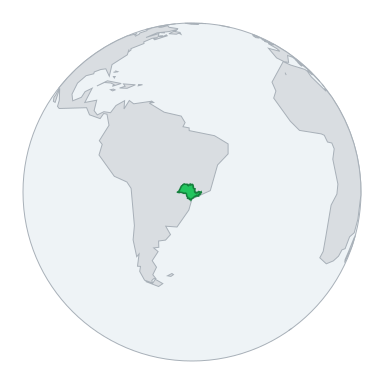 the Earth from above São Paulo
{"feature_id": "BRA-1311", "entity_name": "São Paulo", "entity_type": "State", "adm_level": 1, "iso_a3": "BRA", "parent_name": "Brazil", "parent_adm1": "", "projection": "orthographic", "projection_center": [-47.634, -22.544], "detail": "fine", "context": "on_globe", "style": "filled", "palette": "green", "viewbox_px": 384, "rotation_deg": 0, "n_neighbors": 0, "source": "natural_earth", "source_scale": "10m", "svg_char_len": 8318}
<svg xmlns="http://www.w3.org/2000/svg" viewBox="0 0 384 384"><circle cx="192" cy="192" r="169" fill="#eef3f6" stroke="#a8b0b8"/><path d="M128.1,35.6L127.5,36.0L137.1,33.5L134.8,35.0L135.5,36.1L139.1,34.3L139.9,33.0L147.0,30.6L147.1,29.7L150.0,28.8L152.2,27.9L157.5,26.8L161.4,26.4L159.8,27.3L161.5,27.3L167.6,25.7L169.1,27.3L177.7,28.6L177.5,29.4L168.8,31.6L157.2,32.8L146.0,37.5L159.0,33.5L158.1,36.4L160.4,36.7L163.8,36.2L166.3,34.8L167.2,35.8L154.7,39.8L153.7,38.9L157.7,37.5L152.2,38.3L143.8,41.9L144.0,43.5L131.0,48.6L131.0,50.0L128.2,52.2L129.0,49.4L127.3,54.8L112.0,64.6L109.3,76.2L105.8,68.8L100.8,69.5L94.3,71.9L93.7,73.8L86.1,75.7L77.5,83.1L72.0,94.1L72.7,100.8L81.4,97.3L85.1,91.6L92.2,88.2L84.8,102.5L96.7,100.2L94.1,110.6L97.3,114.9L103.9,111.7L110.5,112.7L116.0,105.5L124.6,100.7L124.0,109.0L129.3,100.5L133.7,103.8L151.1,101.3L149.6,103.3L164.2,112.2L181.2,116.1L185.1,122.6L183.0,126.7L189.1,127.9L189.2,130.6L214.5,135.7L228.1,143.9L228.1,153.9L217.6,164.9L210.3,190.6L192.0,198.9L188.8,210.1L177.0,227.0L165.7,226.2L170.5,234.6L165.5,240.1L158.6,241.0L158.8,247.3L153.7,247.9L158.1,251.6L152.2,260.7L156.5,267.2L152.8,274.7L155.8,278.5L153.6,278.7L151.8,280.5L152.4,282.9L144.6,280.2L139.7,271.4L140.5,266.4L137.5,266.2L139.1,253.9L136.7,256.7L133.1,239.8L134.4,225.6L131.1,188.4L126.9,182.0L114.3,176.3L99.0,155.0L102.2,144.4L99.3,140.7L109.0,125.3L107.0,114.2L103.7,113.5L100.1,118.6L89.5,114.8L86.6,107.7L59.2,108.5L57.5,106.4L59.3,100.3L59.7,88.4L55.1,102.4L53.4,101.4L53.9,97.4L55.9,94.7L59.2,88.0L59.0,87.8L59.4,87.3L67.4,77.9L76.1,69.0L85.5,60.8L95.4,53.4L105.9,46.6L116.8,40.7L128.1,35.6ZM107.4,80.8L121.2,83.5L112.3,86.3L114.1,84.7L110.9,83.0L104.4,82.5L96.9,86.0L107.4,80.8ZM116.0,72.1L113.5,72.3L116.1,71.6L116.0,72.1ZM149.1,28.6L150.6,28.3L149.4,28.6L149.1,28.6ZM148.7,28.7L146.3,29.4L145.7,29.5L147.2,29.1L148.7,28.7ZM151.8,27.9L151.2,28.0L151.8,27.9ZM158.6,286.5L145.6,281.5L152.5,283.5L155.3,279.3L162.8,283.6L158.6,286.5ZM167.5,275.8L171.9,273.5L173.5,274.6L170.9,276.4L167.5,275.8ZM319.1,80.7L319.9,81.7L310.7,71.9L308.2,69.4L294.9,58.2L297.3,60.3L310.1,71.3L308.1,69.6L311.4,73.4L307.3,69.1L292.7,57.3L287.6,55.5L288.6,62.4L284.0,61.6L276.6,57.9L268.5,48.3L279.8,51.3L277.0,48.7L268.1,43.5L272.3,45.1L270.1,43.6L273.7,45.0L272.3,43.5L275.0,44.8L274.9,44.8L287.1,52.3L298.5,60.9L309.3,70.3L319.1,80.7ZM360.9,195.1L360.1,201.2L357.9,219.1L354.2,232.8L349.6,236.8L345.1,248.7L342.0,249.8L338.5,256.2L333.3,260.9L326.3,263.8L319.8,257.8L323.2,251.4L325.8,236.7L331.1,205.1L336.9,194.1L337.9,184.1L332.8,159.2L334.2,148.8L331.8,143.0L327.5,142.0L324.3,135.3L321.3,133.9L299.5,130.4L290.4,121.3L273.7,98.1L275.9,91.0L272.0,82.1L283.2,61.6L290.5,65.0L304.8,69.4L307.5,71.4L311.1,76.7L326.0,91.2L324.7,88.0L331.9,97.2L338.7,108.2L344.7,119.7L349.8,131.6L354.0,143.9L357.2,156.5L359.4,169.2L360.7,182.1L360.9,195.1ZM285.1,72.6L286.1,74.9L286.1,75.0L285.1,72.6ZM151.7,101.1L153.7,102.5L150.9,102.9L151.7,101.1ZM110.5,89.7L113.6,89.1L115.1,89.9L112.6,90.9L110.5,89.7ZM138.6,84.5L142.5,84.7L138.2,85.8L138.6,84.5ZM123.5,83.9L135.4,84.8L127.1,88.3L119.6,88.0L125.1,86.3L123.5,83.9ZM113.4,76.5L115.2,76.5L114.3,78.0L113.4,76.5ZM117.9,71.7L117.1,72.0L116.4,71.2L117.9,71.7ZM158.9,36.2L159.9,35.9L163.1,35.7L161.1,36.4L158.9,36.2ZM180.0,32.4L181.0,34.3L178.9,33.2L176.4,34.2L168.9,33.7L177.0,29.9L174.6,31.5L180.0,32.4ZM161.1,32.6L164.9,32.9L160.4,32.7L161.1,32.6ZM254.2,35.6L257.5,36.9L259.3,38.1L255.8,37.6L253.2,35.8L254.2,35.6ZM261.9,38.7L252.0,34.2L253.8,34.8L254.5,35.1L256.6,35.9L258.3,36.8L269.6,42.2L271.8,43.7L264.2,41.3L265.5,41.1L262.1,39.6L261.9,38.7ZM229.8,27.3L228.5,27.1L223.2,26.0L223.8,26.1L219.6,25.3L219.8,25.3L229.8,27.3ZM175.6,23.8L172.0,24.3L168.6,24.7L175.6,23.8ZM168.4,24.7L169.8,24.7L165.0,25.3L166.7,25.4L159.0,26.3L157.1,26.7L168.4,24.7ZM205.9,23.6L201.6,23.4L198.5,23.7L198.3,24.5L191.1,24.2L186.8,23.5L184.8,23.2L185.0,23.2L205.9,23.6ZM307.3,70.3L308.8,71.4L310.4,72.5L312.5,75.1L307.3,70.3ZM297.5,62.2L298.4,62.5L302.2,66.3L300.7,65.4L297.5,62.2ZM295.6,59.8L298.2,62.3L295.9,60.4L295.6,59.8ZM324.2,86.8L322.5,84.8L322.0,84.1L323.9,86.4L324.2,86.8ZM291.9,328.3L288.5,330.6L289.8,329.7L291.9,328.3ZM352.0,246.4L344.7,262.6L345.1,259.6L348.6,251.5L354.1,237.8L354.8,237.2L355.3,235.5L352.0,246.4Z" fill="#d9dde1" stroke="#a8b0b8" stroke-width="1"/><path d="M199.9,194.5L199.5,194.6L199.4,194.5L199.4,194.4L199.2,194.6L199.1,194.8L198.9,194.9L198.7,194.8L198.7,195.0L198.6,194.9L198.5,195.0L198.4,195.1L198.1,195.2L197.9,195.3L198.0,195.5L198.0,195.8L197.9,195.8L197.7,195.9L197.6,195.7L197.4,195.7L197.2,195.7L196.8,195.6L196.4,195.7L196.3,195.8L196.2,195.8L195.9,196.0L196.0,195.9L196.0,196.1L196.0,196.3L195.9,196.3L195.6,196.4L195.6,196.1L195.4,196.0L195.4,195.9L195.4,196.0L195.2,196.1L195.3,196.3L194.8,196.6L193.9,197.1L193.7,197.3L193.7,197.5L193.2,197.9L192.5,198.3L192.4,198.3L192.0,198.5L191.5,198.9L191.3,199.1L191.2,199.3L190.9,199.4L191.2,199.5L191.3,199.4L191.2,199.7L191.2,199.8L190.8,200.1L190.9,199.9L190.5,199.8L190.4,199.3L190.1,199.3L190.1,199.2L189.9,199.1L189.8,199.3L189.7,199.5L189.5,199.4L189.4,199.3L189.5,199.2L189.6,198.9L189.6,198.7L189.5,198.4L189.4,198.3L189.2,198.3L188.9,198.4L188.4,198.3L188.3,198.2L188.3,198.3L188.2,198.3L187.8,198.4L187.5,198.3L187.5,198.1L187.5,197.9L187.6,197.7L187.7,197.3L187.6,197.2L187.4,197.0L187.4,196.8L187.4,196.7L187.2,196.6L187.0,196.3L186.9,196.1L186.7,196.0L186.7,195.9L186.8,195.9L186.8,195.5L186.7,195.3L186.6,195.0L186.5,194.9L186.6,194.5L186.6,194.1L186.3,193.8L186.3,193.7L186.2,193.7L185.9,193.5L185.8,193.3L185.7,193.3L185.6,193.1L185.2,193.2L185.0,193.3L184.9,193.2L184.7,193.3L184.5,193.2L184.4,193.3L184.2,193.3L183.8,193.2L183.6,193.3L183.4,193.3L183.4,193.1L183.2,192.9L182.6,192.8L181.9,192.4L181.7,192.5L181.3,192.5L181.1,192.5L180.8,192.4L180.5,192.4L180.2,192.2L179.9,192.1L179.7,192.2L179.7,192.4L179.5,192.5L179.5,192.4L179.4,192.4L178.9,192.4L178.7,192.4L178.2,192.4L177.9,192.4L177.7,192.3L177.4,192.4L177.1,192.7L177.3,192.3L177.4,192.2L177.5,192.0L177.8,191.9L178.3,191.5L178.7,191.3L179.1,190.9L179.2,190.4L179.5,190.2L179.6,189.8L179.8,189.7L179.7,189.3L179.8,189.2L180.1,189.0L180.2,188.8L180.4,188.6L180.4,188.0L180.6,187.9L180.7,187.6L181.0,187.2L181.0,186.7L181.1,186.4L181.3,186.3L181.8,185.7L182.3,185.5L182.5,185.4L182.6,185.2L182.7,184.9L183.0,184.6L183.6,184.3L183.8,184.1L184.2,183.9L184.3,184.0L184.5,184.2L185.8,184.3L186.7,184.3L187.1,184.5L187.5,184.4L187.5,184.5L187.4,184.6L187.4,184.9L187.6,185.4L187.8,185.4L187.9,185.2L188.0,185.0L188.1,184.9L188.2,185.0L188.3,185.1L188.3,185.7L188.5,185.8L188.6,185.7L188.5,185.3L188.7,185.0L189.0,184.9L189.2,185.0L189.4,184.9L189.6,184.9L189.9,184.8L190.1,184.8L190.3,184.9L190.3,184.6L190.5,184.8L190.8,184.9L191.0,184.8L191.0,184.7L191.1,184.8L191.3,184.8L191.4,184.6L191.4,184.4L191.8,184.4L192.0,184.6L192.5,184.4L192.6,184.5L192.9,184.9L193.0,185.0L193.1,185.3L192.9,185.8L193.1,185.9L193.3,186.1L193.4,186.4L193.4,186.5L193.2,186.8L193.1,187.2L193.3,187.4L193.3,187.5L193.4,187.8L193.6,188.1L193.8,188.5L193.7,188.6L193.8,188.7L194.0,188.6L194.3,188.5L194.6,188.6L194.8,188.7L195.0,188.7L195.1,188.8L195.1,189.0L194.9,189.5L194.7,189.8L194.7,190.0L194.8,190.4L194.7,190.4L194.6,190.5L194.8,190.8L194.6,191.0L194.5,191.3L194.6,191.5L194.9,191.7L195.0,191.8L195.4,192.0L195.4,192.3L195.2,192.4L195.5,192.6L195.4,192.8L195.5,192.9L195.7,193.0L196.0,192.9L196.0,193.0L196.4,193.0L196.5,192.9L196.8,193.0L196.9,192.9L197.0,192.9L197.2,192.6L197.2,192.3L197.2,192.2L197.4,192.2L197.3,192.3L197.6,192.3L197.8,192.4L198.0,192.2L198.0,192.4L198.5,192.2L198.9,191.9L199.0,191.8L199.4,191.8L199.6,191.7L199.8,191.7L200.0,192.0L200.2,192.3L200.4,192.3L200.5,192.3L200.8,192.3L200.9,192.2L200.9,192.3L201.3,192.2L201.4,192.5L201.2,192.7L201.2,192.8L200.9,193.0L200.7,193.1L200.4,193.1L200.1,193.2L199.9,193.2L199.8,193.3L199.7,193.4L199.7,193.8L199.5,194.1L199.6,194.3L199.8,194.4L199.9,194.5ZM198.5,196.1L198.4,196.3L198.4,196.2L198.1,196.2L197.9,196.0L198.1,195.8L198.2,195.5L198.3,195.5L198.5,195.7L198.5,195.9L198.4,195.9L198.4,196.0L198.5,196.0L198.5,196.1ZM192.3,198.4L192.5,198.3L192.4,198.4L192.2,198.5L191.5,199.1L191.3,199.4L191.3,199.1L191.5,199.0L191.9,198.7L192.1,198.5L192.3,198.4ZM195.5,196.1L195.6,196.3L195.5,196.2L195.4,196.3L195.3,196.2L195.5,196.1Z" fill="#22c55e" stroke="#15803d" stroke-width="1.5"/></svg>